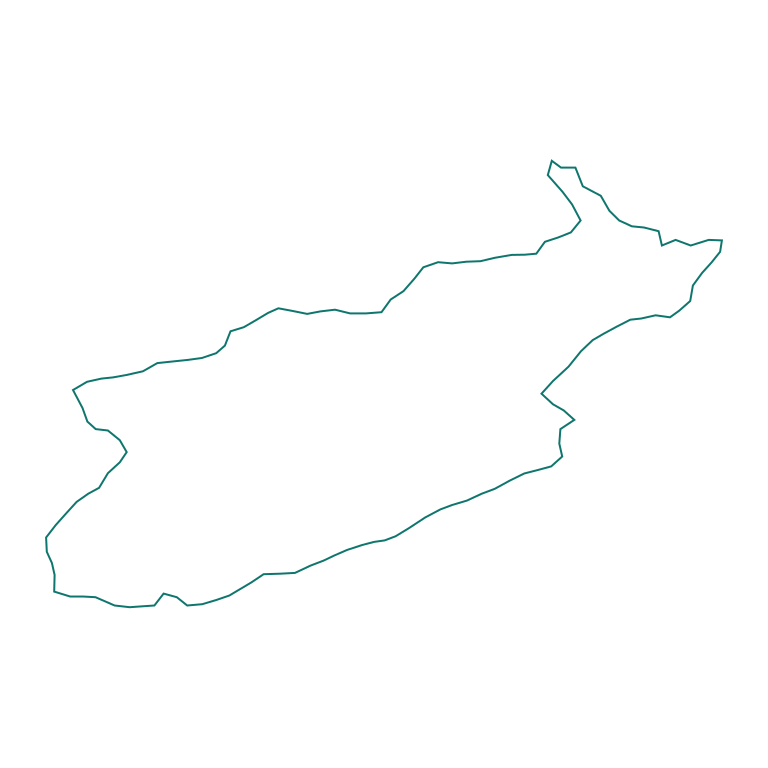 Conceição das Pedras, Minas Gerais, Brazil
{"feature_id": "56859067B3720188207773", "entity_name": "Conceição das Pedras", "entity_type": "district", "adm_level": 2, "iso_a3": "BRA", "parent_name": "Brazil", "parent_adm1": "Minas Gerais", "projection": "mercator", "projection_center": [-45.418, -22.139], "detail": "fine", "context": "isolated", "style": "outline", "palette": "teal", "viewbox_px": 768, "rotation_deg": 0, "n_neighbors": 0, "source": "geoboundaries", "source_scale": "gbopen_adm2", "svg_char_len": 1753}
<svg xmlns="http://www.w3.org/2000/svg" viewBox="0 0 768 768"><path d="M675.6,239.9L661.9,245.5L658.6,231.2L644.0,227.5L631.8,226.3L619.2,220.5L609.4,210.8L600.8,195.8L582.8,186.3L575.4,167.6L561.0,167.6L551.8,160.8L547.8,175.1L562.6,191.9L572.1,204.5L580.6,220.5L570.9,232.4L558.1,237.5L544.9,241.8L536.3,253.7L524.7,254.7L511.8,254.9L494.8,257.8L480.4,261.2L466.5,261.7L452.1,263.4L438.1,262.2L423.3,267.3L414.6,278.4L403.5,291.1L390.7,299.5L381.5,312.2L366.0,313.4L350.1,313.4L335.0,309.7L320.4,311.4L307.2,313.9L292.3,310.9L278.4,308.3L268.1,312.9L255.9,320.2L243.8,327.2L230.5,331.3L224.9,345.6L216.2,353.2L201.8,358.0L187.9,359.9L175.3,361.2L157.3,363.1L142.9,371.3L126.3,375.0L113.0,377.4L101.4,378.6L87.0,381.8L73.0,390.0L82.5,408.0L87.4,421.6L95.7,429.1L107.9,430.5L119.8,440.2L126.7,452.1L119.8,462.3L107.9,473.2L99.1,487.8L88.1,493.8L76.6,501.9L65.6,514.0L55.7,525.1L46.1,537.5L46.8,551.8L51.9,563.0L54.6,574.9L54.2,591.6L70.1,596.5L82.5,596.5L95.5,597.2L114.6,605.5L129.7,607.2L141.1,606.4L154.4,605.5L163.6,593.6L176.8,597.2L187.2,605.5L202.2,604.2L216.6,599.9L229.4,595.5L239.1,589.7L251.4,582.4L263.6,574.2L280.2,573.7L295.0,572.9L310.3,565.7L323.6,560.6L334.3,555.5L347.2,549.9L362.2,545.0L374.1,541.9L384.7,540.4L395.5,536.3L408.7,528.3L425.3,517.4L440.4,509.4L452.1,505.0L466.9,500.6L481.5,493.8L494.8,488.8L509.6,480.7L524.2,473.5L537.5,470.1L551.2,466.4L562.2,456.5L559.3,443.6L560.4,429.1L574.3,419.9L563.7,410.4L553.0,404.3L541.5,393.7L553.0,381.0L568.5,366.7L581.0,351.2L592.7,340.1L603.7,333.7L617.0,326.5L630.3,319.7L641.3,318.5L655.6,315.3L670.0,317.3L679.2,310.7L690.2,301.0L692.9,285.5L702.1,272.9L711.6,262.4L720.1,251.8L721.9,240.4L708.7,239.9L690.7,245.5L675.6,239.9Z" fill="none" stroke="#0f766e" stroke-width="2"/></svg>